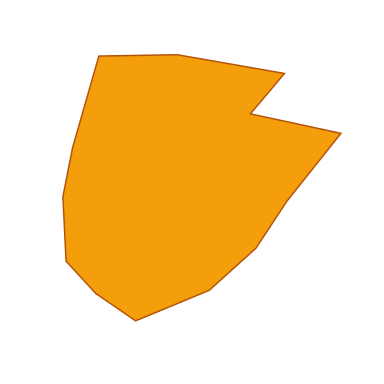 Oikos, Nicosia, Cyprus (Equal Earth projection), rotated 106°
{"feature_id": "46923920B70040156355420", "entity_name": "Oikos", "entity_type": "district", "adm_level": 2, "iso_a3": "CYP", "parent_name": "Cyprus", "parent_adm1": "Nicosia", "projection": "equal_earth", "projection_center": [32.84, 35.004], "detail": "fine", "context": "isolated", "style": "filled", "palette": "amber", "viewbox_px": 384, "rotation_deg": 106, "n_neighbors": 0, "source": "geoboundaries", "source_scale": "gbopen_adm2", "svg_char_len": 345}
<svg xmlns="http://www.w3.org/2000/svg" viewBox="0 0 384 384"><g transform="rotate(106 192 192)"><path d="M281.7,148.3L228.3,115.0L174.8,98.3L94.6,65.0L100.8,157.4L52.6,135.8L64.1,244.0L87.0,319.0L136.6,319.0L182.5,319.0L232.1,314.8L293.2,294.0L316.1,256.5L331.4,210.7L281.7,148.3Z" fill="#f59e0b" stroke="#b45309" stroke-width="1.5"/></g></svg>